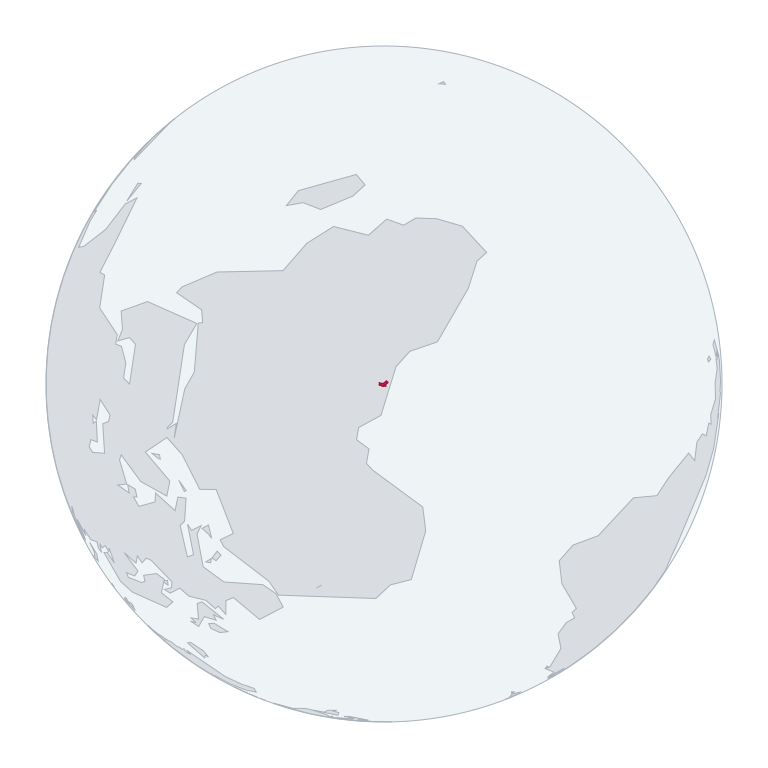 globe centered on Cabinda, rotated 228°
{"feature_id": "AGO-1885", "entity_name": "Cabinda", "entity_type": "Province", "adm_level": 1, "iso_a3": "AGO", "parent_name": "Angola", "parent_adm1": "", "projection": "orthographic", "projection_center": [12.416, -5.077], "detail": "fine", "context": "on_globe", "style": "filled", "palette": "rose", "viewbox_px": 768, "rotation_deg": 228, "n_neighbors": 0, "source": "natural_earth", "source_scale": "10m", "svg_char_len": 7038}
<svg xmlns="http://www.w3.org/2000/svg" viewBox="0 0 768 768"><g transform="rotate(228 384 384)"><circle cx="384" cy="384" r="338" fill="#eef3f6" stroke="#a8b0b8"/><path d="M211.3,93.6L208.7,95.2L221.0,88.2L203.8,99.3L196.4,107.6L191.6,111.4L177.9,119.5L171.9,121.6L154.2,136.2L168.6,124.8L156.4,136.2L155.6,137.7L158.0,136.6L163.7,131.8L160.2,135.8L144.6,147.5L147.6,144.0L152.5,140.0L149.6,141.6L139.0,151.4L133.7,157.4L127.5,164.0L146.2,143.9L166.5,125.4L188.2,108.6L211.3,93.6ZM50.0,332.8L52.7,317.9L55.7,308.5L52.1,327.9L56.6,309.2L56.2,317.5L64.4,313.5L62.8,318.1L69.1,338.6L81.8,346.1L84.7,359.9L82.6,369.2L88.3,370.9L88.5,376.8L116.6,382.6L135.4,396.0L137.8,416.7L127.9,441.7L132.5,493.2L118.4,512.1L123.9,532.9L128.8,564.2L119.1,563.6L131.4,577.6L133.8,587.2L130.0,588.9L137.6,599.2L135.2,600.2L142.6,606.3L151.2,620.5L163.1,630.6L172.4,641.8L180.4,647.5L179.4,647.7L181.6,650.3L185.9,653.7L177.4,649.3L161.0,636.1L153.7,628.7L152.2,628.1L135.3,609.0L138.2,613.3L115.3,585.6L100.4,561.7L68.6,494.1L63.3,481.4L57.2,468.3L51.9,446.5L47.9,418.6L46.1,390.4L46.8,362.2L46.9,361.2L47.0,359.1L50.0,332.8ZM68.6,262.7L67.6,265.6L66.8,267.4L68.6,262.7ZM195.7,659.0L180.1,651.3L187.0,654.6L181.4,648.7L193.4,655.0L195.7,659.0ZM183.7,643.5L183.4,639.8L186.3,641.3L187.2,644.2L183.7,643.5ZM713.7,310.0L712.4,304.8L717.0,328.3L719.6,344.6L721.6,370.2L721.5,367.3L719.5,344.9L718.0,336.2L714.5,315.4L705.9,283.4L705.4,286.9L701.8,274.8L689.9,248.5L687.1,253.3L685.1,281.0L691.0,312.2L687.6,324.9L668.4,277.4L657.1,247.6L651.9,249.3L630.8,223.6L599.2,218.8L593.2,211.3L587.6,214.1L572.4,206.2L562.7,194.5L554.2,194.8L579.8,225.9L588.7,226.0L594.1,215.1L599.7,226.3L614.1,237.5L603.5,263.4L554.2,285.4L546.9,262.1L496.8,201.2L496.9,194.9L496.6,194.2L495.8,192.9L493.7,203.2L484.3,192.1L513.7,232.7L519.7,250.9L553.5,286.7L550.9,290.3L561.1,298.1L590.6,291.0L591.3,298.9L578.9,334.9L535.8,384.8L540.2,420.9L534.8,451.9L505.0,471.9L504.7,496.4L488.9,504.8L486.0,518.8L471.6,533.7L448.8,547.8L413.1,548.3L413.1,535.4L398.7,510.7L379.6,451.9L391.0,425.0L388.8,404.5L362.7,360.7L368.6,336.1L361.0,326.3L345.8,329.4L336.7,317.8L327.3,318.0L266.6,330.5L246.9,316.7L220.4,273.4L230.4,254.4L230.1,234.4L297.7,164.3L314.4,166.5L370.4,156.1L377.8,158.0L373.8,172.0L417.9,188.7L429.0,176.6L466.4,186.7L489.5,186.9L493.2,161.1L455.2,159.9L446.0,147.6L474.4,138.0L507.2,141.3L504.6,136.7L481.8,125.8L487.1,118.6L473.6,121.7L480.7,126.2L472.4,128.8L465.4,124.9L467.6,122.2L457.1,120.0L449.5,135.0L455.9,141.3L429.7,144.0L437.9,155.2L431.6,160.5L415.4,143.9L415.3,137.9L387.0,122.1L384.7,128.3L411.3,144.2L404.0,143.0L401.1,153.3L397.5,144.6L369.1,127.3L344.0,132.6L315.9,159.7L300.4,163.4L285.7,159.8L292.2,134.0L326.0,129.2L328.8,121.6L318.7,112.3L329.9,112.2L329.9,108.3L342.4,106.9L356.8,97.1L369.0,95.6L371.6,85.2L378.2,83.4L374.8,89.8L378.9,94.1L408.8,93.0L413.7,90.8L413.0,84.5L421.3,85.7L416.8,79.9L432.5,78.1L409.6,76.0L408.2,70.3L415.9,66.4L411.4,64.6L398.6,71.1L397.3,74.3L402.7,77.4L395.4,88.0L385.8,90.1L377.8,78.9L363.3,81.3L363.5,72.9L397.7,57.8L413.6,56.1L446.1,63.1L444.2,65.6L431.5,63.9L446.0,69.9L443.5,67.2L450.4,68.7L450.8,65.0L455.7,66.0L447.7,61.3L453.7,62.2L458.7,65.1L464.4,62.0L476.2,63.8L475.2,62.8L470.7,61.1L488.6,65.5L487.1,64.6L480.6,62.7L473.2,60.0L467.2,57.4L473.7,59.0L476.8,60.1L493.0,65.7L500.2,69.5L502.2,70.1L497.6,67.2L477.8,60.2L472.3,58.3L482.1,61.2L478.1,60.0L477.4,59.6L482.9,61.0L472.3,57.9L469.5,57.1L493.1,64.2L516.1,73.0L538.5,83.4L560.0,95.5L580.5,109.1L600.0,124.1L618.4,140.6L635.5,158.3L651.3,177.2L665.6,197.3L678.5,218.3L689.8,240.2L699.5,262.9L707.5,286.2L713.7,310.0ZM277.5,197.2L276.4,203.0L277.5,197.2ZM544.4,159.7L562.4,162.7L549.9,146.5L555.8,146.7L549.4,141.6L548.9,145.4L532.7,132.1L538.9,128.9L534.5,122.9L528.2,121.7L519.5,130.0L542.7,148.5L540.4,154.3L544.4,159.7ZM64.7,313.1L65.3,316.5L63.6,317.1L64.7,313.1ZM68.9,271.9L70.0,272.8L67.8,275.1L68.9,271.9ZM67.2,267.2L67.9,272.0L63.8,279.2L63.7,276.5L65.2,273.7L67.2,267.2ZM157.3,135.5L158.4,134.7L159.7,134.5L156.8,136.7L157.3,135.5ZM179.2,123.8L173.0,130.7L175.4,126.9L170.1,130.6L168.7,128.0L189.1,113.2L180.1,120.0L179.2,123.8ZM172.5,121.9L171.1,124.2L171.9,122.3L172.5,121.9ZM318.0,91.8L323.2,93.3L319.9,97.6L304.4,102.3L309.0,95.8L318.0,91.8ZM331.4,94.8L327.8,84.0L337.2,81.6L332.5,84.6L339.2,84.1L333.4,88.9L345.9,98.3L343.8,103.0L316.4,107.4L326.5,102.9L320.8,101.2L331.4,94.8ZM301.9,69.8L300.5,67.5L322.9,64.8L321.6,67.3L306.2,71.3L298.5,70.8L301.9,69.8ZM259.3,69.9L256.2,71.3L245.2,76.0L247.9,74.7L259.3,69.9ZM244.3,76.3L236.5,80.1L236.3,80.1L244.3,76.3ZM232.6,81.9L228.1,84.2L230.3,83.0L232.6,81.9ZM358.2,47.1L360.5,46.9L352.0,47.6L362.7,47.2L353.1,48.0L354.9,48.0L349.0,48.9L344.9,50.3L340.2,50.8L340.7,51.2L336.7,52.2L335.8,53.1L327.0,54.6L325.1,56.0L322.0,56.1L321.2,58.2L317.8,57.4L312.4,59.4L318.5,59.1L273.1,70.2L256.6,77.1L244.7,83.8L240.5,82.9L249.0,76.6L264.0,69.1L280.4,63.2L275.5,64.4L282.0,62.2L283.1,62.2L285.2,61.0L290.8,59.4L302.4,56.1L330.1,50.4L358.2,47.1ZM384.7,152.7L390.2,153.1L398.4,152.2L396.7,159.2L384.7,152.7ZM365.1,140.9L369.8,139.8L371.4,148.2L365.8,148.3L365.1,140.9ZM371.0,132.6L369.9,139.1L367.1,135.6L371.0,132.6ZM379.0,88.9L383.9,87.9L384.9,89.3L382.9,91.7L379.0,88.9ZM390.3,49.5L385.7,49.0L386.8,48.7L381.9,47.5L388.7,47.3L394.3,48.0L390.3,49.5ZM487.6,165.2L481.7,169.9L477.8,167.4L480.6,166.2L487.6,165.2ZM437.7,163.7L449.8,167.1L437.1,165.6L437.7,163.7ZM396.8,49.1L394.0,48.4L399.2,48.8L396.8,49.1ZM393.3,47.2L399.1,47.5L388.9,47.2L393.3,47.2ZM570.3,625.7L569.0,630.5L565.6,630.3L570.3,625.7ZM585.0,449.7L558.3,503.6L544.6,503.1L544.5,486.6L556.1,453.7L572.9,445.2L581.9,430.8L585.0,449.7ZM721.2,406.1L721.5,399.9L717.8,348.2L719.3,350.7L721.8,376.0L721.2,406.1ZM692.1,315.4L697.9,335.5L695.5,337.8L692.1,315.4ZM450.5,53.1L449.8,54.3L453.8,56.6L463.1,59.3L449.7,56.7L443.6,53.1L450.5,53.1ZM418.4,48.1L417.8,48.3L413.6,47.8L418.4,48.1Z" fill="#d9dde1" stroke="#a8b0b8" stroke-width="1"/><path d="M386.2,380.0L386.3,380.1L386.5,380.0L386.8,380.2L386.9,380.5L387.0,380.6L387.2,380.8L387.6,381.3L387.9,381.4L387.8,381.6L387.6,381.6L386.5,381.9L386.3,382.0L386.2,382.1L386.1,382.4L386.1,382.5L385.7,382.7L385.7,382.8L385.6,383.0L385.4,383.1L385.2,383.2L385.1,383.3L385.0,383.5L384.8,383.7L384.3,383.9L384.2,383.9L384.1,384.0L384.6,384.3L384.7,384.5L384.7,385.0L384.6,385.5L384.6,386.2L384.6,386.9L384.6,387.3L384.5,387.8L384.1,387.8L383.6,387.8L383.1,387.9L382.8,388.0L382.5,387.6L382.4,387.2L382.6,386.8L382.6,386.7L382.8,386.7L382.9,386.4L382.8,386.1L382.7,385.9L382.6,385.5L382.6,385.3L382.3,384.9L382.3,384.6L382.0,384.3L381.7,383.8L381.8,383.8L382.0,383.8L382.0,384.0L382.3,383.9L382.4,383.7L382.2,383.6L382.2,383.8L382.1,383.7L381.9,383.7L381.7,383.7L382.3,383.0L382.5,382.8L382.7,382.2L382.8,382.1L382.9,382.3L383.0,382.3L383.4,382.3L383.4,382.2L383.5,382.2L383.8,381.7L383.8,381.3L383.8,381.2L384.0,381.2L384.5,381.1L385.1,381.0L385.2,380.9L385.3,380.9L385.4,380.6L385.5,380.5L385.7,380.4L385.8,380.3L385.8,380.2L386.0,380.0L386.2,380.0Z" fill="#f43f5e" stroke="#9f1239" stroke-width="1.5"/></g></svg>